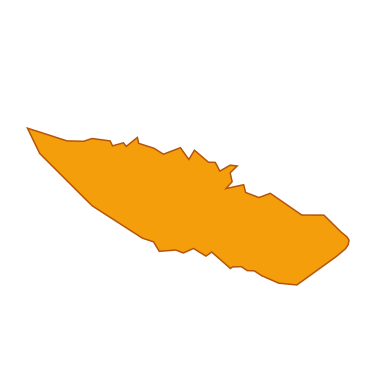 the district of Pasquotank, North Carolina, United States of America, rotated 334°
{"feature_id": "52423323B46156622998042", "entity_name": "Pasquotank", "entity_type": "district", "adm_level": 2, "iso_a3": "USA", "parent_name": "United States of America", "parent_adm1": "North Carolina", "projection": "robinson", "projection_center": [-76.265, 36.317], "detail": "fine", "context": "isolated", "style": "filled", "palette": "amber", "viewbox_px": 384, "rotation_deg": 334, "n_neighbors": 0, "source": "geoboundaries", "source_scale": "gbopen_adm2", "svg_char_len": 822}
<svg xmlns="http://www.w3.org/2000/svg" viewBox="0 0 384 384"><g transform="rotate(334 192 192)"><path d="M92.9,151.2L96.3,160.8L127.2,211.8L135.6,219.9L136.6,231.0L151.9,237.0L157.5,243.0L168.6,243.4L176.4,255.7L183.4,254.6L193.0,277.6L195.6,277.1L203.7,280.8L207.2,286.9L213.3,290.1L218.1,298.0L230.0,312.0L245.5,321.5L293.5,313.2L305.1,310.3L309.2,307.9L312.0,304.2L311.6,300.3L308.5,293.5L300.4,270.6L280.5,260.8L261.8,227.5L249.7,226.3L240.0,215.9L241.6,208.1L224.1,203.8L232.6,200.3L234.7,191.5L244.0,188.4L238.1,184.6L226.2,185.4L225.9,175.6L219.8,172.4L212.5,155.5L203.4,161.4L201.0,147.1L182.9,145.5L177.0,136.0L165.4,124.9L166.8,119.0L152.9,122.2L151.9,117.7L140.8,115.7L140.8,110.2L125.6,100.1L116.8,98.9L102.0,91.2L72.1,62.5L72.0,90.6L92.9,151.2Z" fill="#f59e0b" stroke="#b45309" stroke-width="1.5"/></g></svg>